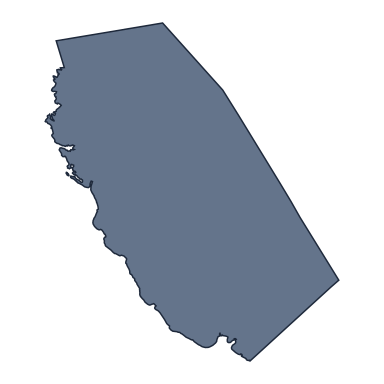 West Kwaio, Malaita, Solomon Islands
{"feature_id": "97153195B63477576504683", "entity_name": "West Kwaio", "entity_type": "district", "adm_level": 2, "iso_a3": "SLB", "parent_name": "Solomon Islands", "parent_adm1": "Malaita", "projection": "albers", "projection_center": [160.814, -9.033], "detail": "fine", "context": "isolated", "style": "filled", "palette": "slate", "viewbox_px": 384, "rotation_deg": 0, "n_neighbors": 0, "source": "geoboundaries", "source_scale": "gbopen_adm2", "svg_char_len": 5717}
<svg xmlns="http://www.w3.org/2000/svg" viewBox="0 0 384 384"><path d="M60.4,67.8L60.7,69.0L61.6,69.6L61.4,70.0L59.3,69.7L58.9,69.3L58.5,69.6L57.5,69.6L56.9,69.8L56.9,70.8L57.2,71.8L57.6,72.0L57.4,72.7L57.8,72.8L57.9,73.1L58.8,73.4L59.1,74.0L58.0,74.7L58.2,75.5L57.9,75.7L57.1,77.3L56.6,77.4L55.9,76.8L55.4,76.8L55.1,76.4L53.7,75.9L53.2,76.1L53.3,76.9L53.8,77.3L54.1,78.4L54.7,78.7L54.9,79.2L54.8,79.4L54.2,79.5L53.5,80.0L53.6,80.4L54.3,81.6L55.9,83.1L55.9,83.7L55.2,85.8L54.8,86.1L54.5,86.7L52.8,87.9L52.5,88.5L52.3,88.6L52.3,88.9L51.8,89.4L51.6,90.4L52.1,91.0L53.2,91.5L54.4,91.3L56.5,91.7L56.2,92.9L55.4,93.7L54.6,93.9L54.4,94.3L54.8,95.9L55.2,96.5L55.9,96.8L55.7,97.3L56.3,98.2L56.1,99.4L54.8,101.0L55.3,102.9L57.4,103.9L57.7,103.2L58.2,103.2L60.0,104.2L60.8,104.8L61.2,105.5L60.7,105.8L60.2,106.7L59.4,107.1L59.1,107.7L56.7,109.5L56.2,110.2L56.2,111.3L54.6,111.9L53.9,111.9L53.6,112.2L53.4,112.6L53.6,112.8L55.4,113.4L55.1,114.8L54.2,115.4L53.4,114.9L52.8,114.1L51.6,114.0L51.7,115.3L51.7,116.1L52.3,117.4L52.2,118.5L53.3,119.4L53.6,120.2L54.0,120.4L53.9,120.9L52.2,120.2L51.1,119.3L50.4,118.9L50.2,118.4L50.6,117.3L50.3,115.9L49.6,114.3L49.3,114.7L49.4,115.0L48.8,115.0L47.5,115.7L47.4,116.7L47.9,117.3L47.7,118.0L45.9,119.8L45.8,120.4L45.2,121.4L45.5,121.8L47.0,122.0L47.8,123.4L49.6,124.1L50.7,125.1L51.6,126.4L51.8,127.7L51.6,127.9L51.2,127.8L51.2,128.4L52.0,128.5L52.3,129.2L53.3,133.5L53.0,133.9L52.7,134.0L52.2,134.5L51.8,135.2L51.9,135.8L52.3,136.6L54.4,139.1L54.9,140.6L54.8,141.7L55.3,142.2L57.2,143.5L57.6,143.4L58.7,143.7L60.1,144.6L62.0,145.3L62.2,145.7L64.0,145.7L65.2,146.4L65.7,146.3L66.3,145.6L66.9,145.5L67.0,145.9L67.5,146.0L68.3,145.1L69.3,145.8L70.6,145.9L70.9,145.8L71.2,145.4L71.8,145.5L72.7,145.0L74.4,145.7L74.1,146.3L73.0,147.5L72.7,148.3L73.2,149.1L74.2,149.5L73.3,149.9L72.5,149.6L71.6,149.9L70.8,149.7L70.6,149.9L70.3,151.2L69.5,150.9L68.1,151.2L67.6,150.9L67.4,150.3L66.1,150.2L65.7,149.5L63.8,148.4L63.1,148.5L61.7,147.9L60.5,147.9L59.9,148.1L59.7,149.1L59.3,149.4L59.3,150.1L61.1,152.8L61.6,153.9L61.6,155.3L62.8,156.6L64.3,156.7L64.9,156.2L65.6,156.7L66.8,159.2L66.8,159.9L67.4,160.9L67.5,161.5L67.9,161.8L68.7,163.0L69.0,164.2L68.8,164.9L67.4,166.0L67.2,166.4L67.7,167.6L67.6,168.0L67.9,168.2L68.5,168.1L69.3,168.8L70.7,167.9L71.1,167.2L70.7,166.6L70.8,164.9L71.2,164.4L71.8,164.4L72.1,164.9L73.6,165.1L73.7,166.3L72.9,167.5L72.0,167.7L71.8,168.0L72.4,168.3L72.9,169.2L72.7,169.8L72.9,170.2L74.8,171.5L75.4,171.5L75.7,172.3L75.1,172.4L74.5,171.8L73.4,171.8L72.5,172.9L72.5,173.3L73.0,173.6L74.3,175.0L74.5,175.0L75.0,174.1L75.3,174.2L75.7,175.2L76.5,175.3L78.0,177.2L79.5,178.4L80.0,179.1L81.3,179.1L81.7,179.8L82.4,179.9L82.6,181.1L82.3,182.3L81.8,182.5L81.0,182.3L80.1,181.1L79.6,181.0L79.2,180.5L76.3,178.9L75.1,177.5L74.9,176.7L73.0,176.7L70.9,176.0L70.6,176.6L70.7,177.5L72.2,178.5L73.2,178.7L74.3,179.5L75.7,180.8L76.0,180.7L76.1,181.2L76.7,181.6L76.9,182.0L77.4,182.1L78.0,183.0L78.9,183.2L82.3,185.0L84.6,186.8L86.8,187.4L88.4,187.6L89.5,186.8L90.1,185.4L90.3,184.4L90.0,184.1L91.0,181.2L91.5,181.1L92.5,181.6L91.0,186.4L90.8,189.9L92.2,193.0L92.7,193.5L93.2,194.6L94.1,195.7L94.0,196.0L94.7,197.8L95.8,199.7L96.7,202.2L96.6,202.7L97.0,203.0L98.0,206.5L98.3,208.8L98.2,209.3L97.2,209.7L97.0,210.9L97.4,211.6L96.8,212.4L95.1,216.7L93.9,218.4L93.8,219.2L93.2,220.3L92.9,222.7L93.2,224.1L94.6,226.5L96.9,228.8L98.9,229.8L99.9,229.8L100.6,229.4L101.6,229.8L103.3,231.9L104.2,233.8L104.8,234.0L104.9,234.5L105.3,234.7L105.7,235.7L105.8,236.7L105.2,236.8L105.1,237.4L104.2,237.9L103.9,238.4L103.9,239.5L104.4,240.6L104.3,242.9L105.2,244.5L105.4,245.6L106.0,246.3L110.9,250.0L113.2,252.4L114.6,253.5L115.7,253.6L119.5,255.7L120.2,255.7L121.3,255.2L123.8,255.9L126.5,258.5L126.6,259.3L125.8,262.1L125.8,263.2L126.7,264.0L126.6,264.3L127.4,266.2L129.1,269.3L129.7,271.0L129.8,272.9L130.0,273.7L130.7,274.3L131.4,274.4L132.4,275.9L133.0,277.5L133.9,278.0L134.7,278.9L134.8,279.1L134.6,279.7L134.9,280.7L136.7,283.0L137.1,284.4L139.7,288.5L139.5,289.2L139.8,290.3L139.6,290.9L139.9,292.1L139.8,294.5L140.2,296.0L140.7,296.3L140.9,297.0L142.7,299.0L143.7,299.9L145.1,302.2L147.6,304.2L148.8,304.8L149.9,305.1L152.3,304.1L153.5,303.9L153.6,303.7L154.3,304.0L154.8,304.5L155.6,305.8L156.0,305.9L155.9,306.2L155.3,306.5L154.9,307.2L154.7,308.0L154.9,308.6L155.8,309.5L158.2,310.8L159.9,312.6L164.4,319.3L166.8,323.6L168.1,324.9L169.5,325.9L169.3,328.0L170.8,329.9L172.8,331.2L176.9,331.7L178.0,332.2L179.8,332.4L180.8,333.4L181.8,333.8L183.7,335.2L186.1,337.2L189.4,338.7L190.5,339.4L192.1,340.0L192.7,339.8L194.2,341.6L198.5,344.7L200.4,345.5L200.7,345.8L202.2,346.7L205.3,347.5L208.1,347.4L209.7,346.9L212.8,345.3L215.5,343.0L216.6,341.5L216.9,339.6L218.0,336.8L218.3,336.5L220.0,335.9L219.6,334.3L219.6,333.7L220.0,333.2L220.1,333.3L220.2,334.5L221.0,335.4L221.4,335.3L221.1,335.7L221.3,335.8L222.3,335.5L226.0,336.1L227.8,336.9L227.9,337.6L227.3,339.4L227.3,341.3L227.6,342.0L228.3,342.5L229.4,342.6L230.5,342.4L232.6,340.4L234.1,340.0L234.3,339.7L234.1,338.9L234.3,338.7L235.6,338.7L236.2,339.4L235.6,339.7L235.4,340.1L235.7,341.4L235.6,342.8L234.7,343.8L232.9,345.0L232.4,345.5L231.5,347.5L231.6,348.7L232.0,349.4L235.6,352.5L238.3,354.2L239.9,354.6L240.2,354.5L240.8,353.9L241.7,354.3L242.0,354.7L242.1,355.2L241.6,355.1L241.4,355.9L241.8,356.4L245.9,358.5L246.4,359.6L247.0,360.1L248.4,360.5L249.5,360.3L250.0,361.0L331.1,286.9L338.8,280.2L299.9,217.2L291.0,201.5L280.3,183.7L238.7,115.6L222.7,90.0L162.6,23.0L56.2,40.8L64.3,67.6L60.4,67.8ZM69.0,175.4L68.7,174.7L68.3,175.2L68.1,175.1L68.6,174.5L68.4,173.9L67.5,173.2L67.3,172.7L66.5,172.3L66.3,172.4L66.2,173.5L66.8,174.2L67.1,175.0L68.3,175.7L68.8,175.7L69.0,175.4Z" fill="#64748b" stroke="#1e293b" stroke-width="1.5"/></svg>